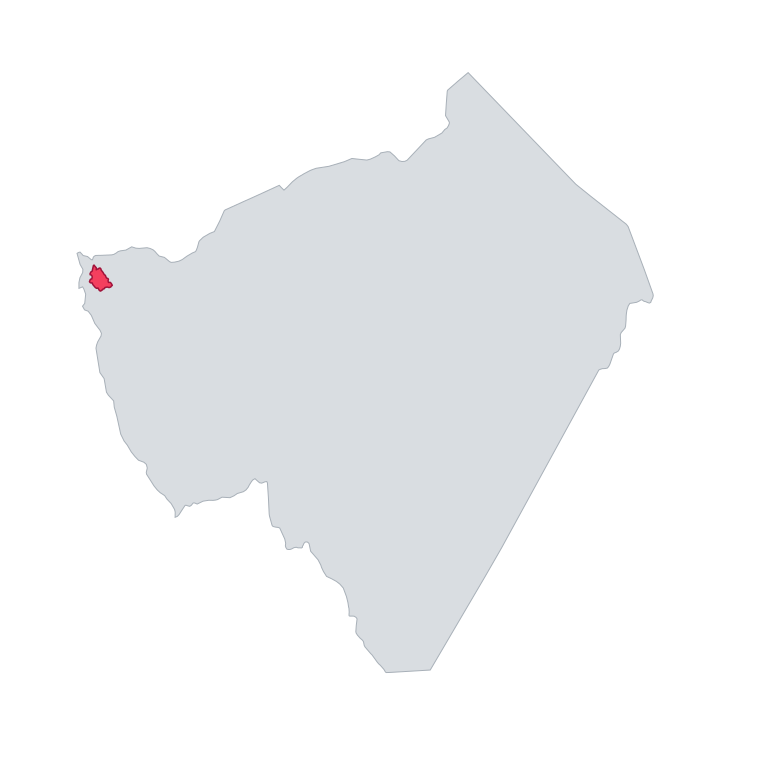 Guelma highlighted on a map of Algeria, rotated 259°
{"feature_id": "DZA-2218", "entity_name": "Guelma", "entity_type": "Province", "adm_level": 1, "iso_a3": "DZA", "parent_name": "Algeria", "parent_adm1": "", "projection": "orthographic", "projection_center": [7.375, 36.384], "detail": "fine", "context": "in_parent", "style": "filled", "palette": "rose", "viewbox_px": 768, "rotation_deg": 259, "n_neighbors": 0, "source": "natural_earth", "source_scale": "10m", "svg_char_len": 5367}
<svg xmlns="http://www.w3.org/2000/svg" viewBox="0 0 768 768"><g transform="rotate(259 384 384)"><path d="M570.8,107.6L571.4,109.2L571.5,110.8L569.1,112.3L567.5,113.2L565.7,117.3L562.2,120.1L561.6,120.9L561.6,121.6L564.0,122.9L564.8,124.1L565.2,125.6L564.2,131.3L562.7,141.4L562.8,143.6L563.7,146.2L564.7,148.2L565.0,150.5L564.7,156.2L565.8,159.5L566.8,162.5L564.7,166.3L563.8,169.6L563.3,174.4L563.0,177.4L561.7,180.2L559.9,182.8L557.9,184.4L555.4,185.8L552.5,187.7L550.2,192.6L545.1,196.8L544.0,198.2L543.6,201.5L543.7,206.0L544.6,209.6L547.1,215.0L549.2,220.9L549.8,223.8L550.7,225.0L553.7,226.9L559.0,229.5L560.0,230.5L562.6,234.6L565.1,241.8L566.0,246.6L575.4,253.9L584.5,260.2L585.2,261.3L590.4,283.2L592.2,291.0L599.0,319.1L596.4,320.7L593.4,322.8L595.7,326.6L600.0,332.7L602.7,337.7L603.6,339.8L605.8,346.0L607.6,352.0L608.0,353.9L608.7,358.6L608.2,371.4L609.8,387.5L611.5,395.5L609.2,402.9L607.1,409.9L607.3,413.4L608.6,418.8L609.9,422.8L611.5,424.9L611.4,431.7L610.7,434.1L605.9,437.8L600.4,441.2L599.0,444.0L598.6,447.0L599.3,449.5L615.5,472.0L616.1,474.3L616.5,480.7L619.3,488.7L622.2,492.2L623.3,494.8L625.3,496.6L627.4,497.9L628.6,498.1L635.7,495.6L647.9,498.8L659.5,502.0L660.4,502.7L667.4,514.8L673.6,526.0L543.5,610.4L529.0,622.6L494.5,652.4L491.8,653.7L446.3,661.4L422.6,665.0L421.5,665.2L420.2,665.2L419.2,665.1L417.2,664.2L414.8,662.3L413.2,661.4L412.8,659.9L413.8,658.1L415.0,656.4L415.5,655.1L416.4,654.2L417.4,653.4L417.5,652.2L416.7,650.3L416.0,647.6L416.1,642.8L416.2,640.7L414.1,638.7L410.1,636.5L406.3,635.2L404.6,634.7L400.5,633.8L394.8,632.2L392.8,631.2L389.2,626.6L387.4,625.4L378.9,624.1L376.1,623.2L373.7,622.0L371.8,620.5L370.8,618.0L370.5,616.0L369.8,615.0L360.5,609.6L358.2,607.8L357.0,606.2L357.0,603.9L357.4,601.2L357.1,598.7L356.7,597.5L201.0,468.4L193.0,461.5L174.8,445.7L94.4,374.8L99.9,333.5L100.3,331.3L100.9,330.5L103.8,329.5L108.6,326.7L110.3,325.4L112.5,324.2L120.3,320.6L121.9,319.5L129.5,315.2L131.2,314.7L135.0,314.7L136.7,313.9L139.0,312.1L142.4,310.1L144.6,309.2L145.1,309.1L146.3,309.1L152.6,310.8L155.3,311.7L158.4,312.7L159.4,312.5L160.4,311.9L161.8,310.3L162.3,308.3L162.6,306.5L162.9,305.7L163.5,305.5L164.9,305.8L166.7,306.3L170.5,306.8L171.9,306.7L176.2,306.9L182.5,306.6L191.5,305.1L196.0,302.5L199.4,299.5L203.2,294.9L206.1,290.9L211.5,288.8L215.9,287.7L218.4,287.4L224.1,285.7L233.8,280.1L241.5,280.0L242.5,279.5L243.6,278.5L243.9,276.5L242.8,274.9L241.3,274.0L240.3,273.0L239.2,272.7L238.8,271.7L239.3,269.9L239.6,268.3L240.5,266.7L240.5,264.3L239.7,261.8L239.5,260.1L239.8,258.4L240.4,257.2L242.1,256.5L243.9,256.3L246.4,257.1L250.8,257.0L262.4,254.2L263.3,253.0L264.2,250.3L265.3,247.9L266.5,247.2L267.2,247.1L276.3,246.4L278.3,246.5L294.9,248.9L309.2,250.7L310.6,250.3L310.7,248.5L310.0,245.1L310.8,243.0L313.0,241.3L315.7,239.3L314.7,236.6L312.8,234.6L310.2,232.2L308.8,231.2L306.4,228.4L305.1,225.4L304.5,219.1L302.9,215.5L301.8,211.1L303.8,203.4L302.3,198.5L302.2,196.4L302.4,194.0L303.3,189.9L303.5,184.0L301.8,177.7L303.1,175.8L303.6,174.8L303.5,173.8L301.7,171.7L301.0,170.0L301.6,168.6L302.8,166.5L302.8,165.6L299.9,162.7L294.9,157.9L293.5,155.9L293.0,153.5L298.1,154.6L300.8,154.5L307.2,152.3L312.4,149.0L316.3,147.4L320.0,143.6L323.3,141.2L327.8,138.8L340.8,133.7L342.7,133.8L346.7,135.6L350.4,135.4L353.0,133.4L356.0,128.5L360.3,125.7L365.7,122.9L372.9,120.4L377.6,118.0L385.0,116.0L403.3,115.6L412.7,114.8L419.0,115.4L425.6,111.3L428.9,110.0L442.7,110.3L449.4,107.3L474.1,108.1L477.1,109.3L480.1,111.1L485.1,115.4L487.6,116.3L490.9,115.5L498.6,111.7L507.2,109.8L511.9,107.5L513.9,104.2L517.9,102.9L520.2,105.6L529.1,108.3L534.5,107.5L536.9,106.7L536.1,102.8L541.8,103.9L546.3,105.8L550.9,109.5L554.0,110.3L559.4,108.5L570.8,107.6Z" fill="#d9dde1" stroke="#a8b0b8" stroke-width="1"/><path d="M531.1,132.5L531.8,131.2L532.0,130.7L532.0,129.9L532.0,128.7L531.9,128.4L531.6,128.1L531.4,128.0L531.1,127.9L530.9,127.5L530.9,127.2L530.9,126.6L530.8,126.3L530.7,126.2L530.3,125.9L530.1,125.6L530.0,125.2L529.9,124.7L529.5,123.9L529.3,123.7L529.9,122.6L530.5,122.3L532.4,121.7L532.7,121.6L532.8,121.5L532.8,121.3L532.7,121.1L532.7,120.9L532.7,120.5L532.8,120.1L533.5,119.3L534.0,118.9L536.9,117.3L537.6,117.1L538.2,116.9L538.6,116.9L538.9,116.8L539.0,116.6L539.1,115.8L539.2,115.5L539.5,115.0L539.7,114.9L540.2,114.6L540.6,114.4L542.5,115.5L542.7,115.8L542.9,116.2L542.9,116.9L542.9,117.2L543.1,117.3L543.5,117.4L543.6,117.5L544.1,117.8L544.4,117.9L544.8,118.0L545.2,118.0L545.9,117.9L546.2,117.8L546.4,117.7L546.7,117.5L546.9,117.2L547.4,116.4L548.6,116.6L548.8,116.8L549.7,117.5L550.0,117.8L550.1,118.2L550.3,118.7L550.5,119.0L550.8,119.2L555.4,121.2L555.6,121.3L555.8,121.5L556.0,122.0L553.0,123.7L552.3,123.7L551.3,123.4L551.1,123.4L551.1,123.6L551.4,124.6L551.5,124.9L551.5,125.2L551.5,125.5L551.7,125.8L552.0,126.3L552.1,126.8L552.0,127.4L551.6,127.7L551.1,128.0L550.7,128.1L549.8,128.1L547.3,129.4L544.7,130.3L544.5,130.5L544.1,131.0L543.8,131.2L543.5,131.3L543.0,131.3L541.3,131.7L541.0,131.9L540.7,132.2L540.4,132.9L540.2,133.1L539.9,133.3L539.6,133.4L539.1,133.4L538.2,132.9L536.9,132.8L536.5,132.9L536.3,133.0L536.2,133.3L536.1,134.3L535.8,134.9L535.2,135.2L534.2,135.7L533.5,135.9L532.8,136.1L532.5,135.9L532.4,135.6L532.3,135.4L532.2,135.1L531.9,134.8L531.6,134.6L531.4,134.3L531.3,133.9L531.2,133.4L531.2,132.7L531.1,132.5Z" fill="#f43f5e" stroke="#9f1239" stroke-width="1.5"/></g></svg>